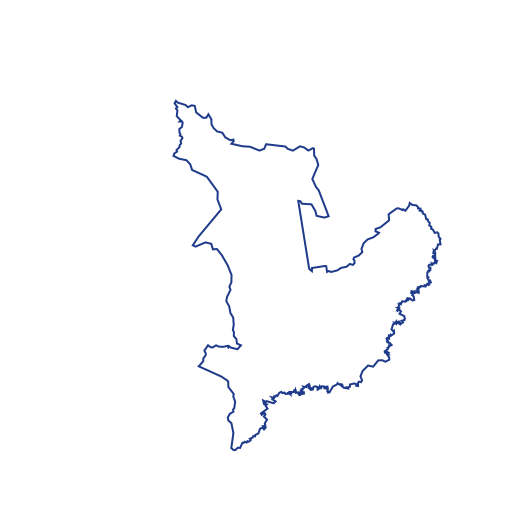 outline of Asunafo South, Brong Ahafo, Ghana, rotated 46°
{"feature_id": "2480657B2337940648547", "entity_name": "Asunafo South", "entity_type": "district", "adm_level": 2, "iso_a3": "GHA", "parent_name": "Ghana", "parent_adm1": "Brong Ahafo", "projection": "orthographic", "projection_center": [-2.473, 6.562], "detail": "fine", "context": "isolated", "style": "outline", "palette": "blue", "viewbox_px": 512, "rotation_deg": 46, "n_neighbors": 0, "source": "geoboundaries", "source_scale": "gbopen_adm2", "svg_char_len": 6145}
<svg xmlns="http://www.w3.org/2000/svg" viewBox="0 0 512 512"><g transform="rotate(46 256 256)"><path d="M88.8,205.9L89.6,208.5L94.3,209.1L94.2,211.1L96.7,211.4L100.4,215.9L106.2,215.9L106.2,217.5L108.0,215.7L109.4,216.4L111.7,219.7L111.4,223.0L114.2,225.4L115.7,225.6L116.5,227.2L118.7,226.4L120.2,227.1L120.8,230.4L123.1,231.7L123.3,234.1L124.5,235.2L124.6,239.6L126.1,240.2L125.5,243.6L126.7,245.8L132.5,243.8L138.8,239.5L144.3,239.6L149.7,242.2L164.8,236.3L183.2,238.9L188.6,244.5L198.3,248.6L202.1,283.7L204.4,294.0L207.3,292.9L211.1,282.9L216.2,279.7L221.3,282.4L223.8,279.3L231.6,280.0L242.9,282.8L252.7,286.8L257.9,292.1L259.5,296.4L262.6,297.8L265.4,305.4L267.8,308.7L273.7,310.3L279.2,314.0L284.5,315.2L290.1,319.9L293.1,324.0L295.5,324.8L298.2,327.6L302.1,327.8L305.7,330.5L309.8,328.9L310.2,334.1L304.5,337.7L302.1,338.0L302.5,339.4L300.9,338.9L298.4,342.9L295.3,345.7L292.5,346.8L291.7,350.7L289.8,352.1L286.9,352.5L288.2,358.8L291.2,359.8L292.5,361.3L293.0,364.8L295.0,367.1L295.6,373.8L318.6,364.7L324.9,363.3L326.8,363.1L331.1,366.9L339.9,367.9L341.1,369.8L346.4,372.3L350.3,377.3L350.5,379.1L352.3,380.4L351.4,384.3L352.5,388.4L355.2,390.2L359.1,389.8L367.7,395.3L377.0,407.2L380.0,406.9L381.2,405.7L381.3,402.2L383.0,400.8L380.9,395.5L381.9,394.6L381.7,393.2L383.6,392.4L383.3,390.9L384.2,390.8L384.8,388.7L384.7,387.6L383.2,387.4L384.3,384.6L383.6,383.2L385.1,382.0L384.2,381.0L385.3,377.5L383.1,373.1L383.9,370.6L387.2,370.8L385.9,370.2L386.1,368.4L383.5,368.8L384.7,367.1L384.9,366.4L384.3,367.1L382.5,365.9L381.3,361.7L377.0,361.9L376.6,359.3L374.7,358.9L374.2,362.2L372.7,361.8L373.8,353.7L370.2,353.1L370.3,351.4L368.1,353.1L364.9,351.2L366.9,350.5L367.2,351.7L368.4,351.9L367.9,349.1L374.2,345.6L374.2,342.9L370.5,343.8L370.4,342.8L368.7,342.8L370.6,341.6L369.6,340.3L370.7,339.8L370.4,338.2L371.5,337.8L370.6,334.2L371.3,332.2L373.1,332.2L374.0,330.4L375.6,330.7L377.3,328.7L376.7,328.4L377.0,326.5L377.7,326.5L377.1,327.5L379.4,327.4L378.6,326.9L379.2,326.2L377.6,325.8L379.9,323.6L379.3,322.0L381.0,322.3L379.9,320.7L382.4,321.9L384.1,319.5L383.9,321.0L386.1,321.5L386.6,320.8L385.2,319.0L386.8,319.5L388.3,317.0L387.2,316.2L385.3,318.2L385.5,316.0L384.8,317.4L383.4,316.0L385.1,314.7L383.9,315.1L384.2,313.2L382.7,312.8L385.3,310.8L384.3,309.9L385.0,306.8L386.8,307.6L386.7,308.8L388.9,308.3L388.2,309.6L390.5,309.6L390.9,307.9L392.0,308.5L390.1,305.8L390.6,304.2L392.8,302.8L394.9,304.5L395.1,303.2L393.7,302.5L395.3,301.9L394.1,300.5L396.0,300.5L395.3,299.5L396.8,297.8L398.8,298.7L400.0,297.7L398.4,297.0L399.5,295.3L401.6,296.6L402.7,298.6L404.2,299.0L404.0,298.1L405.1,297.8L403.3,291.4L404.6,287.2L404.2,285.6L405.7,285.5L407.9,283.4L408.8,283.5L408.3,284.8L412.2,284.3L413.1,282.5L413.6,283.0L415.4,281.7L414.3,281.1L415.3,279.3L413.7,277.7L415.9,273.9L418.5,272.6L419.0,274.0L420.4,272.9L418.1,270.7L418.0,269.1L419.7,268.1L419.2,266.1L415.1,264.4L412.8,259.3L412.6,251.5L417.0,248.6L416.0,240.6L418.8,237.5L421.9,236.4L423.2,232.2L421.7,230.8L418.0,230.1L418.8,229.1L417.7,229.2L417.8,227.8L416.1,228.3L416.6,230.5L415.7,229.1L414.9,230.3L413.9,229.6L414.6,226.1L414.2,225.0L413.0,225.9L413.9,224.2L412.9,222.6L413.5,222.7L414.2,220.3L411.3,220.2L409.4,221.4L408.3,221.0L408.7,220.2L406.0,219.4L406.3,218.0L407.1,218.6L408.0,217.8L405.6,215.7L406.6,215.4L406.1,214.0L407.1,214.2L407.7,210.4L405.7,208.8L405.7,209.6L403.0,209.5L400.3,204.8L401.4,202.8L400.1,202.7L400.9,202.1L400.5,200.7L402.0,201.5L401.5,200.2L402.4,199.0L402.3,200.6L405.0,199.8L403.7,198.8L405.4,198.6L405.9,196.4L403.9,196.0L405.6,193.0L404.7,193.7L404.6,192.5L402.2,191.1L397.3,192.9L396.6,190.3L394.4,190.1L394.0,191.4L393.3,189.9L392.9,191.1L392.6,190.0L391.5,190.2L392.1,189.3L390.8,189.2L391.6,188.9L391.2,187.7L389.4,186.6L390.0,185.1L391.3,185.2L390.1,182.3L392.6,180.3L393.1,177.8L392.1,178.6L391.6,176.7L393.0,176.6L392.4,175.8L393.7,174.6L396.7,174.4L397.6,172.7L394.6,170.6L392.6,170.8L392.2,168.9L390.3,170.0L389.3,168.6L390.5,167.8L390.3,168.5L391.9,168.3L391.8,166.7L392.9,167.3L393.4,165.8L395.5,164.6L394.7,163.7L393.6,164.5L393.5,163.5L392.4,163.9L392.8,162.6L391.6,162.4L392.2,161.3L391.1,161.0L392.5,159.2L392.0,158.4L395.4,155.5L394.6,155.0L395.6,154.7L395.0,153.0L396.3,152.2L395.5,151.7L396.5,151.1L395.7,150.7L396.1,149.6L395.2,149.4L396.2,148.5L394.5,147.7L392.9,148.6L391.1,148.1L391.1,146.8L389.8,147.2L386.8,144.1L386.4,142.3L388.0,142.8L386.8,141.8L387.3,140.4L385.6,138.7L385.0,139.7L383.1,139.0L382.6,137.4L384.6,135.6L383.6,134.9L384.8,134.8L384.3,133.6L385.8,132.8L385.1,132.9L385.0,131.3L386.3,131.2L385.3,129.2L384.3,130.3L382.9,129.1L383.0,130.0L382.2,129.3L380.3,129.7L380.5,128.8L379.2,129.2L378.9,128.4L380.4,127.1L378.8,125.5L377.0,126.4L376.1,125.0L377.0,124.5L375.7,124.0L376.4,123.8L375.7,121.3L376.4,120.9L374.1,116.9L375.8,115.2L372.0,112.6L371.9,111.4L369.0,111.2L366.5,109.1L364.8,109.2L363.5,111.4L359.9,110.4L358.0,111.1L356.8,109.6L354.3,110.1L353.0,108.1L350.1,108.0L349.0,107.0L347.7,107.9L343.7,105.6L341.3,106.5L339.9,105.3L337.4,106.5L337.6,105.6L336.8,105.9L336.1,104.8L334.3,106.4L333.5,105.5L330.9,105.5L328.0,108.0L324.7,108.6L326.2,110.9L327.2,117.1L324.6,117.7L324.8,118.6L320.6,120.4L319.5,121.9L318.1,131.5L322.8,135.5L321.8,146.5L319.7,151.2L321.3,152.9L324.7,151.3L324.9,152.1L324.1,158.5L321.6,164.2L321.6,169.7L324.1,175.1L327.1,176.9L327.0,181.9L325.2,186.6L326.0,188.2L327.6,188.3L329.6,190.1L329.7,192.5L326.9,194.0L326.6,198.4L323.6,203.1L322.9,207.3L319.8,212.9L317.2,214.3L316.8,215.9L312.1,212.6L311.4,212.9L303.5,224.1L305.7,226.3L302.2,226.7L245.7,187.3L247.5,186.0L250.2,186.7L257.4,180.2L264.8,182.0L269.2,184.5L275.9,180.1L277.8,176.1L252.2,165.2L248.1,164.9L239.7,162.0L233.8,148.0L228.1,145.0L224.4,144.5L219.0,139.7L217.9,140.3L216.5,145.1L211.3,146.0L207.7,148.1L205.8,156.3L201.0,158.7L197.7,158.8L182.6,171.1L184.6,175.6L182.5,180.3L173.1,184.5L167.7,189.5L158.2,195.7L157.8,192.1L156.6,191.4L154.9,194.0L149.4,195.7L143.9,194.6L139.5,197.4L134.6,197.7L130.3,196.5L126.8,193.2L121.0,191.8L122.0,195.6L119.9,198.1L111.2,199.3L105.5,195.8L103.0,197.5L101.6,201.6L98.4,201.8L91.2,205.8L88.8,205.9Z" fill="none" stroke="#1e3a8a" stroke-width="2"/></g></svg>